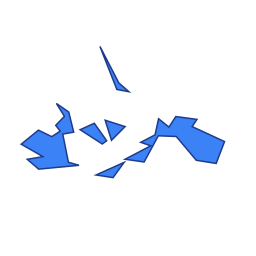 an SVG outline of Philippines, rotated 109°
{"feature_id": "PHL", "entity_name": "Philippines", "entity_type": "country or territory", "adm_level": 0, "iso_a3": "PHL", "parent_name": "Asia", "parent_adm1": "", "projection": "albers", "projection_center": [122.681, 12.951], "detail": "coarse", "context": "isolated", "style": "filled", "palette": "blue", "viewbox_px": 256, "rotation_deg": 109, "n_neighbors": 0, "source": "natural_earth", "source_scale": "50m", "svg_char_len": 760}
<svg xmlns="http://www.w3.org/2000/svg" viewBox="0 0 256 256"><g transform="rotate(109 128 128)"><path d="M109.4,32.3L132.8,33.1L136.3,52.9L120.3,79.6L125.5,96.8L154.9,101.7L158.5,120.6L137.4,100.7L137.4,111.3L125.7,100.2L109.3,102.1L113.8,89.6L101.6,86.5L97.4,65.6L105.8,67.8L109.4,32.3ZM179.2,162.2L196.0,199.1L190.4,213.1L182.8,199.1L178.1,223.7L159.2,212.0L161.0,197.3L153.1,191.1L149.0,197.2L137.7,191.9L128.1,203.7L132.2,189.2L149.6,178.0L155.0,187.7L179.8,173.2L179.2,162.2ZM145.2,172.7L134.5,161.4L147.0,144.0L151.5,147.1L145.2,172.7ZM161.8,120.5L179.8,126.0L182.8,142.9L161.8,120.5ZM127.6,131.2L145.0,139.6L128.1,152.1L127.6,131.2ZM60.0,181.1L88.4,151.3L93.4,139.0L95.2,151.1L60.0,181.1Z" fill="#3b82f6" stroke="#1e3a8a" stroke-width="1.5"/></g></svg>